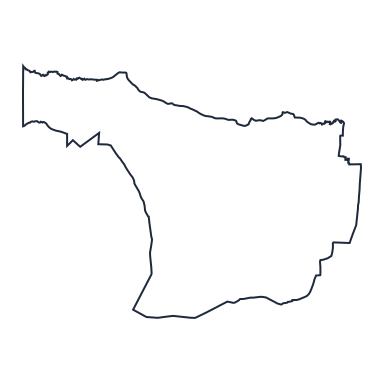 Tram Kak, Takêv, Cambodia (orthographic projection)
{"feature_id": "14789045B29748003627155", "entity_name": "Tram Kak", "entity_type": "district", "adm_level": 2, "iso_a3": "KHM", "parent_name": "Cambodia", "parent_adm1": "Takêv", "projection": "orthographic", "projection_center": [104.595, 11.012], "detail": "fine", "context": "isolated", "style": "outline", "palette": "slate", "viewbox_px": 384, "rotation_deg": 0, "n_neighbors": 0, "source": "geoboundaries", "source_scale": "gbopen_adm2", "svg_char_len": 5851}
<svg xmlns="http://www.w3.org/2000/svg" viewBox="0 0 384 384"><path d="M23.2,66.1L23.0,92.7L23.1,126.3L23.9,126.1L24.7,125.5L26.3,124.2L29.0,122.6L29.8,122.8L31.1,121.7L32.6,121.4L33.4,121.7L34.0,121.7L35.1,121.3L36.5,121.2L37.2,121.2L38.7,122.4L39.9,122.6L40.9,121.7L42.5,122.5L43.1,122.0L44.2,122.2L44.8,122.5L45.3,123.0L46.0,123.3L46.5,123.8L46.7,124.4L47.1,125.0L49.2,127.4L51.1,128.8L53.5,129.8L56.2,130.7L59.7,131.4L63.3,132.5L65.8,133.5L67.1,133.9L67.1,145.9L72.9,140.2L80.2,146.8L99.1,132.9L98.3,144.2L107.5,144.5L110.8,145.5L115.4,152.7L118.9,157.5L119.4,157.8L120.2,158.7L122.5,162.2L124.1,164.2L125.4,166.7L127.1,169.6L128.8,172.1L130.2,174.3L132.4,177.1L133.6,179.4L134.2,181.3L134.4,183.5L135.3,185.2L137.9,189.6L139.0,191.5L139.9,193.9L140.4,195.7L141.2,197.7L142.1,199.3L143.0,200.5L143.6,201.6L144.5,205.2L145.1,210.7L146.1,212.9L147.2,214.7L148.0,216.3L148.7,216.6L149.4,222.9L151.3,236.6L151.9,238.7L152.0,240.0L151.2,245.6L150.3,250.9L150.0,253.0L150.2,256.6L151.3,267.5L151.6,273.5L151.5,274.0L151.3,274.6L133.1,309.7L146.4,317.0L155.9,317.7L157.8,317.8L160.2,317.5L164.4,316.9L168.9,316.4L170.1,316.2L172.1,316.0L173.3,315.9L190.0,317.7L194.4,317.9L195.6,317.7L207.3,312.0L227.3,301.6L231.8,302.5L232.9,302.8L233.8,302.8L234.9,302.6L239.0,300.2L239.6,299.3L240.5,299.0L243.2,299.0L243.9,298.9L250.6,297.6L252.9,297.7L260.5,296.8L262.6,296.9L266.1,297.5L268.2,298.6L276.0,302.7L277.1,303.4L281.0,304.5L281.7,304.4L283.0,303.3L286.0,302.9L287.5,302.5L287.8,301.9L290.4,301.6L292.3,301.0L292.3,300.1L293.5,300.0L296.6,300.0L298.9,299.4L303.1,297.7L306.7,296.1L309.0,293.9L310.2,291.8L311.7,288.1L313.2,284.1L314.6,279.0L316.1,275.5L320.2,275.2L320.4,274.3L320.4,271.9L320.4,267.0L320.0,261.8L320.4,260.1L323.3,259.7L327.8,258.2L331.4,255.9L332.3,252.2L332.9,247.8L332.9,243.1L333.5,242.4L349.6,243.0L351.1,238.7L353.1,233.2L356.2,225.1L358.0,208.0L358.0,205.7L358.7,202.0L358.8,199.9L358.9,197.5L359.6,189.0L359.8,183.8L361.0,168.0L360.8,164.2L349.2,164.4L349.2,163.7L349.2,163.1L348.8,162.8L348.2,162.7L348.3,161.3L348.6,160.9L348.8,160.2L348.9,158.8L347.5,158.7L347.3,159.2L347.3,160.1L346.6,159.9L346.1,159.9L345.3,159.8L345.6,157.2L345.0,157.2L344.3,157.2L343.6,156.3L342.8,156.4L341.6,156.4L339.8,156.2L338.7,155.9L338.9,153.9L340.3,145.0L340.2,141.1L340.2,136.3L340.4,135.6L342.9,135.6L342.8,134.4L342.9,132.9L342.8,132.3L342.9,131.8L343.0,129.5L343.1,128.9L343.2,127.0L343.4,126.4L343.4,125.8L343.9,124.1L344.0,123.0L343.6,122.6L343.4,122.1L343.0,121.7L342.5,121.6L342.3,121.1L341.8,120.8L341.1,120.6L340.8,121.2L341.0,121.8L341.2,122.2L341.1,122.8L340.5,122.7L339.8,121.8L339.4,121.1L338.7,120.2L338.2,119.8L337.7,119.3L337.1,119.3L336.4,119.5L335.9,119.4L335.4,119.8L335.4,120.4L335.7,120.8L335.4,121.4L334.9,121.7L334.4,121.1L334.0,120.8L333.3,121.7L333.1,122.3L333.1,122.8L331.9,123.7L331.3,123.6L330.8,124.1L330.4,124.4L329.8,124.1L330.2,122.9L330.5,122.3L330.2,121.7L329.6,121.6L328.6,122.1L328.2,121.8L327.2,121.7L326.8,122.2L326.3,122.3L326.2,121.8L325.6,121.2L325.1,121.4L325.1,121.9L324.7,122.3L324.6,122.9L324.8,123.4L324.4,123.7L323.2,123.9L322.7,123.9L322.4,124.4L321.8,124.5L321.6,123.9L321.6,123.4L321.0,123.1L319.9,122.9L319.4,123.3L318.5,122.8L315.0,124.6L313.1,124.6L311.0,124.2L309.4,123.3L307.0,121.7L305.3,119.7L303.3,118.5L300.1,117.7L294.8,117.5L294.3,116.2L293.8,114.7L293.0,113.9L291.6,113.8L290.8,113.6L290.1,113.3L289.4,113.0L288.7,112.7L287.3,112.1L286.4,112.3L285.6,112.7L284.5,112.8L283.9,112.4L282.8,112.2L282.5,112.8L282.5,114.1L282.0,114.9L280.8,116.0L279.5,116.6L278.5,117.0L277.3,117.6L275.8,118.0L274.0,118.3L272.3,118.4L268.2,118.4L267.4,118.5L266.4,119.2L265.0,120.0L263.3,120.9L262.4,120.8L261.6,120.5L260.4,120.3L259.7,120.2L258.7,120.3L255.9,120.8L254.3,120.1L251.7,118.3L250.7,119.1L250.8,119.8L250.4,120.6L249.9,121.2L248.6,123.7L248.6,124.3L246.9,125.2L245.6,125.7L244.5,125.9L243.5,125.8L241.6,125.2L238.8,124.4L237.5,123.8L237.0,123.2L236.6,122.6L236.3,121.1L234.8,120.2L232.4,119.7L230.5,119.8L228.6,119.9L227.5,119.6L224.9,118.7L222.3,118.3L219.5,118.4L215.8,118.4L213.6,117.7L212.9,117.2L211.6,116.8L210.3,116.6L207.6,116.2L205.6,116.0L204.0,115.5L200.7,114.0L198.3,112.5L196.5,111.2L195.1,110.7L193.6,109.9L191.8,109.1L190.4,108.6L188.6,107.6L186.2,106.7L184.5,106.4L182.7,106.0L181.0,106.0L178.7,105.8L177.3,105.4L175.5,105.2L173.9,104.8L172.4,103.5L170.9,103.3L169.2,103.8L167.6,103.8L165.7,102.8L163.9,101.5L161.6,100.5L156.5,99.1L151.7,98.3L149.1,97.2L147.5,95.5L145.5,93.7L144.9,93.1L143.6,92.4L142.8,92.2L140.9,91.9L139.9,91.4L139.0,90.5L138.1,89.4L137.5,88.2L135.6,86.3L134.8,85.5L133.2,84.7L131.3,82.9L128.6,80.0L127.6,78.6L127.0,77.1L126.7,75.3L126.6,73.8L126.2,72.8L125.2,72.5L123.5,72.6L119.4,72.3L117.8,73.3L116.0,74.7L114.3,76.1L112.5,77.4L110.8,78.1L107.6,79.1L107.0,78.9L105.8,79.4L104.8,79.3L103.4,79.8L102.4,79.5L101.2,79.6L98.0,80.5L97.1,80.7L97.3,79.8L93.5,79.6L91.5,79.3L90.8,79.2L90.2,79.4L89.0,79.5L87.5,79.2L86.6,79.2L85.5,79.8L84.9,79.4L84.3,78.7L83.8,79.0L83.1,79.6L82.9,79.1L81.9,78.8L81.8,79.3L81.1,78.9L80.6,78.6L79.4,77.7L78.7,77.9L77.7,78.8L77.0,78.3L76.3,78.8L76.1,79.6L75.6,79.4L75.0,79.6L74.4,79.4L73.9,79.5L73.5,79.1L72.8,79.9L71.9,80.3L71.3,79.4L70.3,78.9L69.2,79.1L68.8,78.7L67.9,78.2L67.2,78.5L66.9,77.8L67.3,77.3L66.8,76.6L65.6,76.4L65.1,76.0L63.1,75.5L62.5,74.9L61.7,74.7L61.1,75.6L60.6,76.0L59.7,75.2L59.0,74.1L58.4,73.8L57.5,73.6L57.4,73.1L57.5,72.0L56.5,71.6L55.5,71.8L54.3,71.5L52.9,72.1L51.9,71.7L51.0,71.7L50.2,72.0L49.4,72.2L48.9,71.6L48.4,72.0L47.6,73.2L47.9,74.0L47.4,74.6L46.2,75.4L45.7,75.6L45.1,75.1L44.4,76.0L43.4,75.6L42.9,74.8L41.9,75.5L41.3,75.9L40.8,75.5L40.1,74.2L38.6,73.4L36.7,73.1L35.4,72.8L34.9,71.8L34.7,70.8L34.2,70.8L33.4,71.8L31.2,72.0L30.4,72.3L30.1,71.5L29.4,70.8L28.7,70.6L27.3,69.9L26.5,69.2L25.6,69.3L25.5,68.6L24.8,67.7L24.0,67.4L23.8,66.9L23.2,66.1Z" fill="none" stroke="#1e293b" stroke-width="2"/></svg>